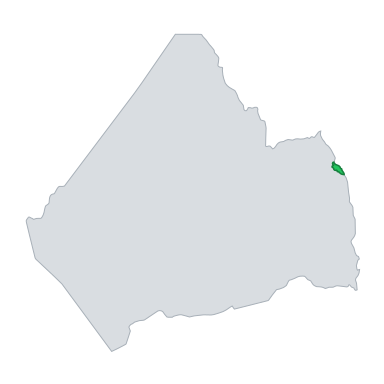 where Mostaganem sits in Algeria, rotated 89°
{"feature_id": "DZA-2202", "entity_name": "Mostaganem", "entity_type": "Province", "adm_level": 1, "iso_a3": "DZA", "parent_name": "Algeria", "parent_adm1": "", "projection": "natural_earth1", "projection_center": [0.307, 36.01], "detail": "fine", "context": "in_parent", "style": "filled", "palette": "green", "viewbox_px": 384, "rotation_deg": 89, "n_neighbors": 0, "source": "natural_earth", "source_scale": "10m", "svg_char_len": 4729}
<svg xmlns="http://www.w3.org/2000/svg" viewBox="0 0 384 384"><g transform="rotate(89 192 192)"><path d="M292.7,28.6L293.1,29.6L293.1,30.5L291.8,31.4L290.8,31.8L289.8,34.2L287.8,35.8L287.5,36.3L287.5,36.7L288.9,37.4L289.4,38.1L289.6,39.0L289.1,42.3L288.3,48.2L288.4,49.4L288.9,50.9L289.5,52.1L289.7,53.4L289.6,56.7L290.3,58.6L290.8,60.4L289.7,62.6L289.2,64.5L288.9,67.3L288.8,69.0L288.1,70.6L287.1,72.1L285.9,73.1L284.5,73.9L282.9,74.9L281.6,77.8L278.8,80.2L278.2,81.0L278.0,82.9L278.1,85.5L278.6,87.6L280.1,90.8L281.4,94.2L281.8,95.9L282.2,96.6L284.0,97.7L287.0,99.2L287.5,99.8L289.1,102.2L290.6,106.4L291.1,109.2L296.4,113.5L301.5,117.3L301.9,117.9L304.9,130.7L306.0,135.3L309.8,151.7L308.4,152.7L306.7,153.8L308.0,156.1L310.4,159.7L311.9,162.6L312.4,163.9L313.6,167.6L314.6,171.1L314.9,172.2L315.3,175.0L315.0,182.4L315.9,191.9L316.9,196.7L315.6,200.9L314.5,205.0L314.6,207.1L315.3,210.3L316.0,212.7L316.9,213.9L316.8,217.9L316.5,219.3L313.9,221.4L311.0,223.4L310.2,225.0L310.0,226.8L310.4,228.3L319.1,241.8L319.4,243.1L319.7,246.9L321.1,251.7L322.7,253.8L323.3,255.4L324.4,256.5L325.5,257.3L326.2,257.4L329.9,256.1L336.4,258.3L342.6,260.5L343.1,260.9L346.8,268.2L350.0,275.1L281.7,323.6L274.2,331.0L256.5,349.2L255.2,350.0L231.6,355.4L219.4,358.1L218.8,358.2L218.1,358.2L217.6,358.2L216.6,357.7L215.3,356.6L214.4,356.1L214.2,355.2L214.7,354.1L215.3,353.1L215.6,352.3L216.0,351.6L216.5,351.2L216.5,350.4L216.1,349.3L215.7,347.7L215.7,344.8L215.7,343.5L214.5,342.4L212.4,341.2L210.4,340.5L209.5,340.2L207.4,339.8L204.4,339.0L203.3,338.5L201.4,335.8L200.4,335.1L195.9,334.6L194.4,334.2L193.2,333.6L192.2,332.7L191.6,331.2L191.4,330.0L191.0,329.5L186.0,326.6L184.8,325.6L184.1,324.7L184.1,323.3L184.2,321.6L184.0,320.2L183.8,319.4L96.9,251.5L92.3,247.9L81.8,240.1L34.0,205.9L34.5,181.3L34.6,180.1L34.9,179.5L36.5,178.6L38.9,176.5L39.8,175.6L41.0,174.7L45.1,171.9L45.9,171.1L49.9,167.9L50.8,167.4L52.9,167.1L53.8,166.5L55.0,165.3L56.8,163.8L57.9,163.1L58.2,163.0L58.9,162.9L62.5,163.3L64.0,163.6L65.9,163.9L66.4,163.7L66.9,163.2L67.6,162.2L67.8,161.0L67.9,159.9L68.0,159.5L68.3,159.3L69.1,159.3L70.1,159.5L72.3,159.4L73.0,159.3L75.5,159.1L78.9,158.4L83.9,156.8L86.3,154.9L88.0,152.9L89.8,150.0L91.3,147.4L94.2,145.8L96.6,144.8L97.9,144.5L101.1,143.1L106.2,139.2L110.5,138.6L111.0,138.2L111.6,137.6L111.7,136.4L110.9,135.5L110.1,135.1L109.5,134.6L108.9,134.5L108.5,133.9L108.7,132.9L108.8,131.9L109.2,130.9L109.1,129.5L108.5,128.2L108.4,127.2L108.4,126.2L108.7,125.4L109.6,124.9L110.6,124.7L112.1,125.0L114.6,124.6L120.9,122.2L121.4,121.5L121.8,119.9L122.3,118.4L122.9,117.9L123.3,117.8L128.4,116.9L129.5,116.8L139.0,117.3L147.1,117.6L147.8,117.2L147.8,116.2L147.3,114.2L147.6,113.0L148.8,111.9L150.3,110.6L149.6,109.1L148.4,108.0L146.8,106.8L146.0,106.3L144.5,104.8L143.6,103.1L143.1,99.5L142.0,97.5L141.2,95.0L141.9,90.4L140.8,87.7L140.7,86.5L140.7,85.1L141.0,82.6L140.8,79.2L139.6,75.7L140.2,74.5L140.5,73.9L140.4,73.4L139.2,72.2L138.8,71.3L139.0,70.5L139.6,69.2L139.6,68.7L137.7,67.1L134.6,64.7L133.7,63.6L133.3,62.2L136.3,62.6L137.9,62.4L141.4,60.8L144.3,58.6L146.5,57.4L148.4,55.0L150.2,53.5L152.7,51.9L160.0,48.3L161.1,48.3L163.5,49.1L165.6,48.8L167.0,47.6L168.5,44.6L170.9,42.8L173.9,41.0L178.0,39.2L180.6,37.6L184.9,36.3L195.4,35.4L200.9,34.6L204.6,34.8L208.3,32.2L210.1,31.4L218.2,31.2L222.0,29.4L236.4,29.4L238.2,30.0L240.0,31.0L243.0,33.4L244.4,33.9L246.3,33.4L250.7,31.1L255.7,29.9L258.4,28.6L259.5,26.6L261.9,25.9L263.2,27.4L268.4,28.9L271.6,28.5L273.0,28.0L272.4,25.8L275.8,26.4L278.4,27.5L281.2,29.7L282.9,30.1L286.1,29.1L292.7,28.6Z" fill="#d9dde1" stroke="#a8b0b8" stroke-width="1"/><path d="M164.6,49.7L165.1,49.6L165.7,49.2L166.3,48.8L166.8,48.3L167.3,47.2L167.5,46.8L168.0,45.6L168.1,45.2L168.2,44.9L168.3,44.8L168.4,44.7L168.6,44.6L169.3,43.8L169.5,43.6L170.5,43.3L170.6,43.2L171.0,42.9L171.2,42.6L171.3,42.2L171.6,41.9L172.0,41.8L172.6,41.8L173.0,41.7L173.4,41.3L174.5,40.6L175.1,40.4L175.3,40.2L175.6,39.9L175.8,39.8L176.1,39.7L177.2,39.6L177.2,40.0L177.2,40.3L177.2,40.6L176.7,42.0L176.7,42.4L176.4,42.7L176.2,43.0L176.0,43.3L175.5,43.8L175.4,43.9L175.2,44.3L175.1,44.5L174.9,44.6L174.5,44.7L174.4,44.8L174.3,45.1L174.3,45.5L174.2,45.8L174.2,46.0L174.2,46.3L173.9,46.5L173.4,46.5L173.1,46.6L172.8,47.0L172.7,47.2L172.7,47.5L172.8,47.7L172.9,47.8L172.7,48.8L172.7,49.0L172.4,49.3L172.1,49.6L171.9,49.8L171.7,49.8L171.4,49.8L171.2,49.8L170.8,50.1L170.3,50.5L170.2,50.7L170.0,50.8L169.8,51.1L169.7,51.4L169.1,51.4L168.8,51.5L168.7,51.5L168.2,50.8L168.2,50.6L168.0,50.3L167.9,50.3L167.8,50.2L167.7,50.3L167.3,50.6L166.8,50.8L166.1,51.0L165.8,51.0L165.7,51.0L165.5,50.9L164.9,50.6L164.8,50.4L164.8,50.2L164.7,50.1L164.6,49.9L164.6,49.7L164.6,49.7Z" fill="#22c55e" stroke="#15803d" stroke-width="1.5"/></g></svg>